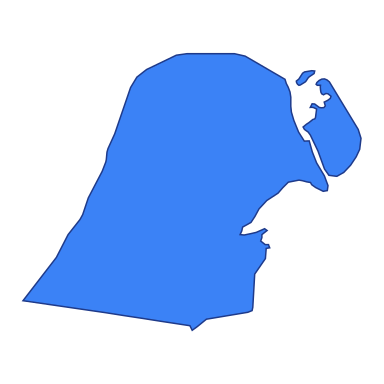 map outline of Al Jahrah (Equal Earth projection)
{"feature_id": "KWT-1667", "entity_name": "Al Jahrah", "entity_type": "Province", "adm_level": 1, "iso_a3": "KWT", "parent_name": "Kuwait", "parent_adm1": "", "projection": "equal_earth", "projection_center": [47.841, 29.537], "detail": "fine", "context": "isolated", "style": "filled", "palette": "blue", "viewbox_px": 384, "rotation_deg": 0, "n_neighbors": 0, "source": "natural_earth", "source_scale": "10m", "svg_char_len": 1936}
<svg xmlns="http://www.w3.org/2000/svg" viewBox="0 0 384 384"><path d="M234.5,53.7L245.1,56.1L285.0,79.3L286.3,83.5L288.2,87.2L290.0,92.0L290.8,97.2L290.8,106.3L291.4,112.1L293.8,120.3L298.6,132.1L304.3,141.1L309.2,140.9L312.3,151.9L316.6,162.9L324.4,175.9L328.0,185.6L327.3,190.6L323.2,191.3L315.6,187.5L311.7,184.7L310.5,182.5L306.9,181.9L302.4,180.7L299.0,180.1L288.3,182.2L282.8,187.7L278.1,193.1L266.8,200.5L259.0,208.9L254.9,216.5L251.0,222.4L242.6,227.1L241.8,230.9L240.1,234.6L244.2,235.0L251.0,233.6L256.2,232.4L260.3,230.6L264.6,228.7L267.1,230.5L261.9,234.6L261.9,237.6L260.7,241.0L265.2,244.6L268.4,244.6L268.5,244.6L268.7,245.4L269.7,247.8L266.2,248.4L265.4,258.6L254.7,274.1L252.8,307.3L252.1,310.6L247.8,312.3L206.4,319.2L197.3,326.6L192.2,330.3L189.9,325.7L179.4,324.1L161.0,321.3L142.6,318.4L124.1,315.6L105.7,312.7L85.0,309.7L64.4,306.7L43.7,303.7L23.0,300.7L28.4,293.7L56.4,257.4L68.1,234.6L80.0,219.5L82.7,214.6L88.3,197.9L102.2,171.3L105.8,162.0L106.3,159.6L107.0,152.1L108.0,148.6L114.7,133.9L130.6,87.5L136.9,77.1L146.6,69.5L176.3,55.2L186.9,53.7L234.5,53.7ZM359.7,149.3L356.2,156.8L350.6,165.2L343.8,172.4L336.9,176.3L335.7,176.2L328.9,175.3L324.5,169.0L318.0,151.1L310.3,135.0L309.2,133.5L308.2,132.1L304.5,129.5L303.1,127.0L306.6,124.1L308.8,122.7L312.8,119.5L314.8,118.9L315.5,117.5L316.6,109.0L313.6,107.6L312.1,107.3L310.3,107.4L312.1,103.8L314.7,104.0L319.2,107.4L321.3,107.8L323.9,107.6L325.3,105.9L324.2,102.1L327.6,100.4L330.3,98.4L331.0,96.2L328.0,93.8L325.9,93.5L323.5,94.8L321.7,93.8L320.9,92.2L320.5,89.6L320.3,87.0L320.5,85.3L317.2,85.3L316.8,84.9L316.1,84.3L316.9,82.5L319.2,80.4L321.8,79.1L324.5,78.9L327.0,79.9L329.4,81.9L358.2,129.4L361.0,138.3L359.7,149.3ZM309.1,76.9L307.9,78.2L306.1,81.0L305.3,81.9L300.3,85.0L298.9,85.3L297.6,84.3L296.6,82.7L296.3,81.1L298.8,79.1L302.6,73.2L304.6,71.9L311.8,70.7L314.7,71.0L314.1,73.5L309.1,76.9Z" fill="#3b82f6" stroke="#1e3a8a" stroke-width="1.5"/></svg>